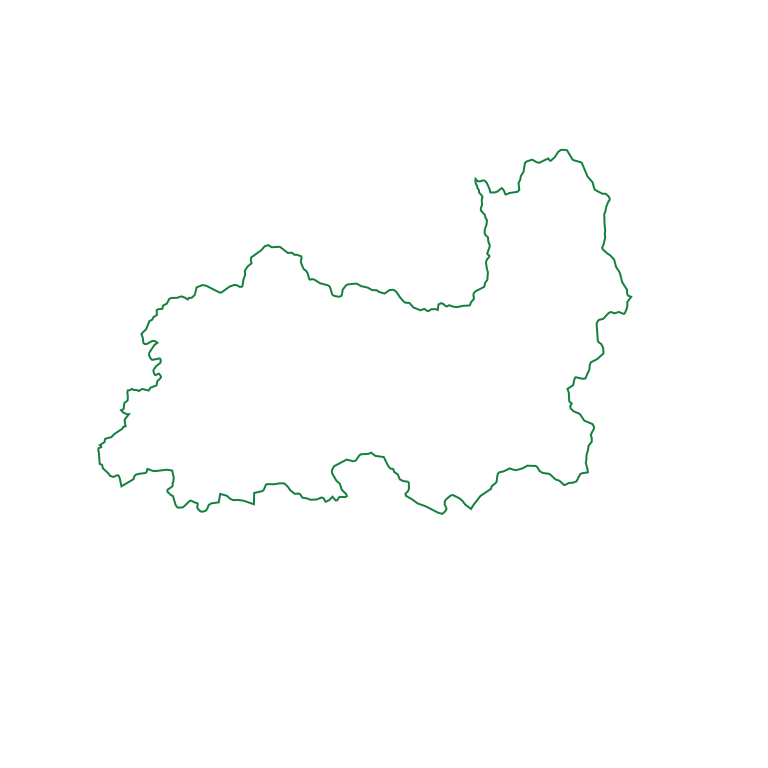 Thach An, Cao Bằng, Vietnam, rotated 151°
{"feature_id": "81297802B24341511138047", "entity_name": "Thach An", "entity_type": "district", "adm_level": 2, "iso_a3": "VNM", "parent_name": "Vietnam", "parent_adm1": "Cao Bằng", "projection": "natural_earth1", "projection_center": [106.311, 22.48], "detail": "fine", "context": "isolated", "style": "outline", "palette": "green", "viewbox_px": 768, "rotation_deg": 151, "n_neighbors": 0, "source": "geoboundaries", "source_scale": "gbopen_adm2", "svg_char_len": 6160}
<svg xmlns="http://www.w3.org/2000/svg" viewBox="0 0 768 768"><g transform="rotate(151 384 384)"><path d="M341.3,240.4L339.3,242.4L334.0,243.3L332.9,244.0L328.2,250.2L326.1,250.9L321.7,249.6L314.9,249.2L312.1,246.0L310.2,244.6L303.6,243.0L298.3,243.1L291.2,238.9L290.3,237.3L290.1,232.6L288.4,229.3L283.6,225.8L282.5,224.3L280.3,217.4L277.5,214.4L275.6,208.5L274.6,207.9L270.1,207.8L266.5,206.0L262.9,205.5L256.0,210.1L253.9,209.9L248.6,207.9L247.5,210.3L245.7,217.3L243.4,220.0L241.9,223.0L237.2,227.8L235.2,230.7L230.4,232.7L228.6,235.8L227.7,239.4L222.4,242.9L221.1,244.3L221.0,247.7L226.6,254.9L227.2,262.3L228.0,264.0L231.4,268.2L232.6,271.9L232.1,274.2L229.3,275.9L230.3,278.5L230.2,279.4L226.6,286.7L225.9,290.8L219.0,291.3L215.5,295.5L213.7,296.9L212.9,296.9L208.1,292.5L205.3,291.2L197.4,297.0L195.2,300.4L192.6,302.7L185.8,302.4L177.2,304.3L175.0,308.9L174.6,311.5L174.7,313.9L175.7,315.5L176.2,317.8L168.8,333.7L166.5,335.4L165.0,335.9L160.8,334.7L153.3,337.1L151.5,337.2L150.1,336.5L148.2,334.1L143.6,333.1L140.6,329.3L139.8,329.0L138.7,329.4L134.8,332.6L132.9,334.9L131.5,337.7L125.6,340.4L127.9,343.3L127.1,346.3L125.8,348.5L126.3,357.5L124.0,366.1L123.8,368.5L124.3,373.5L122.4,381.4L123.9,387.2L125.2,389.5L127.3,395.5L127.3,397.3L124.2,399.7L119.6,404.7L118.0,408.5L116.3,410.6L113.6,416.9L109.0,425.8L106.8,427.5L103.4,431.5L99.6,434.6L97.6,435.5L96.7,436.7L96.6,438.0L96.6,439.3L98.0,443.0L100.8,444.6L105.3,451.4L105.4,452.9L103.8,459.3L105.4,466.8L103.8,481.4L104.3,482.5L109.5,487.6L110.3,489.1L110.6,499.5L112.5,501.2L115.8,503.0L119.3,502.5L124.6,499.6L130.1,498.4L130.8,499.4L131.0,501.7L141.0,502.2L142.9,503.9L145.6,508.4L151.6,509.5L153.4,509.1L159.2,501.8L163.4,499.6L165.9,496.6L169.0,494.4L171.6,488.1L174.2,487.4L181.6,490.2L185.6,490.6L185.9,491.3L185.4,494.4L185.6,497.3L186.2,498.3L191.6,497.3L194.5,497.9L198.1,500.0L197.1,503.8L196.6,510.1L197.3,512.9L198.7,514.1L201.6,514.6L203.7,515.8L204.5,518.9L206.0,516.6L206.7,513.9L206.5,511.8L207.3,510.2L207.0,507.4L208.0,505.3L207.1,501.7L207.3,499.6L209.2,497.8L211.5,492.9L213.9,491.1L215.2,488.7L213.8,483.2L214.7,479.9L214.5,477.4L217.0,473.8L220.9,470.3L222.7,467.6L223.1,465.3L222.0,461.7L223.6,458.4L224.3,454.1L225.0,452.9L230.5,448.0L230.6,447.2L229.7,445.8L229.8,444.7L230.9,443.8L233.4,443.2L235.9,440.9L238.3,434.5L238.9,431.4L243.2,424.9L246.4,423.5L249.3,420.4L258.8,420.7L261.0,420.2L262.6,418.7L264.0,414.9L268.5,413.2L270.2,411.5L271.2,411.2L276.6,413.9L282.9,415.9L286.0,418.1L288.8,421.3L291.3,421.3L292.4,422.4L293.0,424.6L294.6,426.9L297.8,427.2L301.1,422.7L302.3,424.3L306.2,426.4L309.9,426.2L311.0,427.3L312.3,430.2L316.4,430.8L321.1,436.6L322.5,442.6L325.8,444.7L326.8,446.6L327.9,451.4L328.5,458.5L329.7,461.3L330.5,462.1L333.9,463.5L339.6,462.8L343.5,466.7L344.9,469.6L348.8,471.8L351.6,476.3L356.7,480.8L358.7,484.3L360.2,485.6L367.2,488.6L369.4,488.7L374.3,486.6L378.0,482.0L379.1,481.6L381.7,482.5L385.1,485.5L385.9,487.3L384.2,495.1L385.2,497.5L391.1,503.1L394.4,509.2L396.3,510.8L397.9,510.9L398.5,511.9L397.1,518.3L397.3,520.7L398.6,523.9L397.8,530.0L397.1,532.0L395.1,533.9L394.5,535.7L397.4,539.2L399.6,540.3L400.9,543.4L404.6,545.3L408.3,554.0L409.1,554.8L416.0,558.1L417.9,561.6L421.6,562.3L426.4,560.5L438.7,559.1L440.4,557.1L441.4,553.8L446.1,552.9L450.6,550.7L452.8,546.5L456.2,543.6L460.3,538.3L461.2,538.0L463.1,538.9L464.7,541.6L466.8,543.2L471.7,544.1L481.5,542.9L483.3,543.5L491.8,556.0L494.7,558.5L501.0,559.4L506.3,553.7L510.4,552.6L512.8,553.9L514.7,553.1L516.3,556.0L518.6,558.8L523.5,559.8L528.3,562.4L530.6,562.5L534.9,559.6L539.2,559.7L541.4,557.2L544.8,558.7L546.9,558.9L549.2,554.5L553.1,554.3L555.7,552.6L558.6,552.8L565.5,547.2L571.9,545.5L572.6,541.4L574.5,536.6L573.9,534.9L571.9,534.0L566.2,534.0L564.5,533.3L563.7,532.7L562.2,529.9L565.7,529.5L570.5,527.1L574.2,525.1L575.7,522.7L575.7,519.3L575.1,517.5L567.7,515.1L567.5,514.0L568.1,512.3L569.4,510.9L574.5,510.1L578.0,508.5L579.4,507.3L580.0,504.5L579.9,503.0L579.5,502.5L576.0,502.3L575.7,501.9L575.4,498.7L576.3,497.6L581.0,496.3L583.4,493.3L584.2,493.1L589.8,494.0L593.0,492.4L597.9,496.9L602.0,496.7L602.7,498.3L605.7,500.1L606.8,501.9L609.1,501.8L611.3,502.6L612.6,501.0L614.4,496.6L616.4,493.8L620.3,493.3L624.0,488.3L626.7,488.5L625.8,485.3L623.4,482.1L621.8,481.3L627.8,478.7L629.0,477.0L630.5,472.3L632.9,472.9L634.3,471.8L644.0,471.0L648.3,469.7L654.1,471.2L654.8,471.0L656.6,468.7L662.1,468.3L661.4,467.1L661.9,465.9L664.7,466.2L665.8,465.1L666.9,461.6L671.4,452.0L669.8,450.1L670.7,446.5L668.5,439.7L668.1,436.5L665.8,433.9L661.8,433.6L660.5,432.6L660.9,429.5L663.2,421.8L649.2,422.2L647.6,423.9L645.4,425.0L642.6,424.5L635.7,421.8L634.4,422.1L632.0,424.4L628.4,420.2L626.2,418.7L615.5,414.3L611.2,411.0L613.3,404.1L615.6,400.7L616.8,400.0L617.9,397.8L619.1,397.0L624.4,396.5L625.4,395.6L625.6,394.6L624.3,390.3L622.9,388.3L624.9,379.4L624.6,376.4L623.7,375.4L619.5,373.6L610.3,376.0L609.1,375.3L606.9,372.0L605.0,370.3L605.0,369.5L607.1,366.8L607.4,365.5L606.5,361.9L605.0,360.4L601.6,359.6L599.3,360.4L595.9,363.2L592.8,363.3L585.9,360.6L580.6,367.3L575.6,362.4L574.2,358.2L572.1,355.4L568.4,353.7L563.6,350.2L556.1,341.9L550.4,351.6L542.2,349.3L540.7,349.6L536.0,353.2L534.8,353.1L529.1,349.8L522.7,347.4L519.4,345.3L518.0,341.3L517.5,336.6L515.5,331.4L511.6,329.4L510.8,328.4L510.5,324.2L506.4,320.9L504.7,318.6L498.9,315.6L493.6,315.0L492.2,313.4L492.3,309.8L491.9,309.2L488.0,309.0L483.7,310.4L482.8,305.7L481.3,304.9L478.5,306.6L477.3,306.7L472.8,303.9L470.8,304.0L470.5,306.1L472.2,311.8L471.0,318.3L472.5,322.4L472.7,330.3L472.2,332.4L471.0,334.1L467.5,336.3L453.3,336.0L448.5,331.4L447.2,330.9L445.3,330.9L440.3,333.5L438.2,333.7L431.7,330.5L428.6,330.2L426.4,325.3L419.6,320.2L420.1,310.3L419.4,307.0L417.2,305.1L417.7,302.2L415.8,298.2L416.4,292.9L414.2,289.7L410.8,287.2L410.2,286.3L410.2,285.4L413.2,280.0L414.7,278.8L418.6,277.5L419.0,275.6L415.1,269.0L412.6,263.4L407.0,257.0L399.2,245.4L396.1,242.2L393.0,242.7L390.5,243.8L389.6,245.4L389.4,249.0L387.7,251.9L386.0,252.9L380.2,254.1L377.7,253.6L373.4,247.4L372.0,243.5L371.4,239.1L368.4,232.5L365.3,234.4L354.0,239.3L341.3,240.4Z" fill="none" stroke="#15803d" stroke-width="2"/></g></svg>